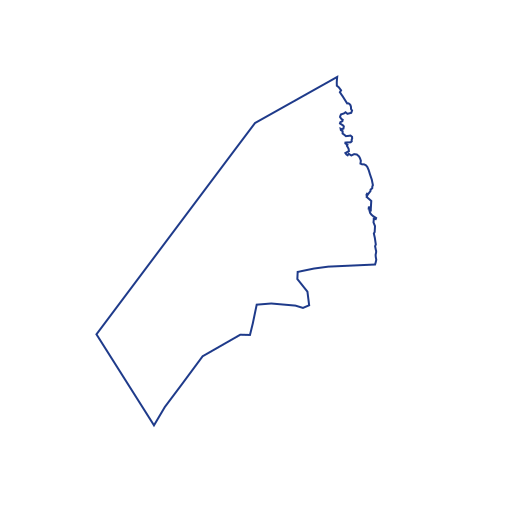 outline of Negerubesang, Melekeok, Palau, rotated 295°
{"feature_id": "81905179B88331309358666", "entity_name": "Negerubesang", "entity_type": "district", "adm_level": 2, "iso_a3": "PLW", "parent_name": "Palau", "parent_adm1": "Melekeok", "projection": "albers", "projection_center": [134.627, 7.491], "detail": "fine", "context": "isolated", "style": "outline", "palette": "blue", "viewbox_px": 512, "rotation_deg": 295, "n_neighbors": 0, "source": "geoboundaries", "source_scale": "gbopen_adm2", "svg_char_len": 1771}
<svg xmlns="http://www.w3.org/2000/svg" viewBox="0 0 512 512"><g transform="rotate(295 256 256)"><path d="M343.6,192.0L117.6,144.5L60.4,233.6L59.4,235.1L80.7,237.2L107.3,242.8L142.6,250.0L178.0,275.0L181.9,283.9L193.5,281.6L212.2,277.2L219.4,289.9L227.7,312.7L228.8,320.5L233.8,325.0L245.4,317.7L252.6,303.2L259.2,300.5L269.1,313.8L276.9,326.0L298.6,367.5L300.7,367.2L303.4,366.6L305.8,364.9L307.6,363.9L309.8,363.4L311.3,362.8L312.2,362.0L315.2,359.8L317.1,359.7L322.7,356.0L326.2,353.3L327.9,353.4L331.2,352.1L333.4,351.2L336.1,348.3L338.4,347.5L339.5,347.0L340.0,348.9L341.2,348.8L341.7,345.0L342.3,343.0L343.3,341.2L345.1,339.7L345.7,340.8L347.3,340.1L346.6,338.1L347.8,337.7L348.8,339.5L354.6,337.2L356.3,331.3L358.0,331.3L358.1,330.3L359.4,330.3L359.6,331.5L363.2,332.3L364.6,331.8L366.5,332.7L368.3,332.0L369.6,332.0L374.1,328.7L378.5,324.5L381.4,321.9L383.8,319.2L384.7,317.2L384.7,315.1L383.9,313.3L383.9,311.6L386.6,310.8L388.5,309.0L389.8,307.3L390.6,304.5L389.8,301.9L387.4,299.9L387.8,296.8L386.0,296.5L386.2,295.1L387.1,293.5L388.4,294.4L390.3,295.9L392.2,294.7L393.3,293.3L394.3,291.8L395.4,291.9L395.8,289.4L396.6,289.1L397.2,290.1L399.0,293.7L400.4,294.3L401.6,293.6L403.1,293.5L404.6,292.7L405.1,290.7L404.1,289.3L402.6,286.8L403.1,285.2L403.6,282.7L405.7,281.8L406.0,279.7L407.1,278.9L407.1,280.1L408.4,281.4L410.6,280.8L411.1,279.9L411.6,276.1L412.9,275.9L414.7,277.3L416.1,277.0L416.3,275.5L417.5,273.4L418.7,273.2L420.3,273.2L422.3,275.4L424.1,276.4L423.5,278.8L426.0,281.8L428.4,281.6L429.4,280.0L431.2,279.1L432.6,277.9L433.3,276.4L433.4,275.2L432.8,274.1L437.2,267.3L438.6,264.9L439.9,262.8L442.1,263.1L443.9,259.7L444.5,257.3L447.5,255.8L450.3,254.7L452.6,253.9L376.1,198.9L343.6,192.0Z" fill="none" stroke="#1e3a8a" stroke-width="2"/></g></svg>